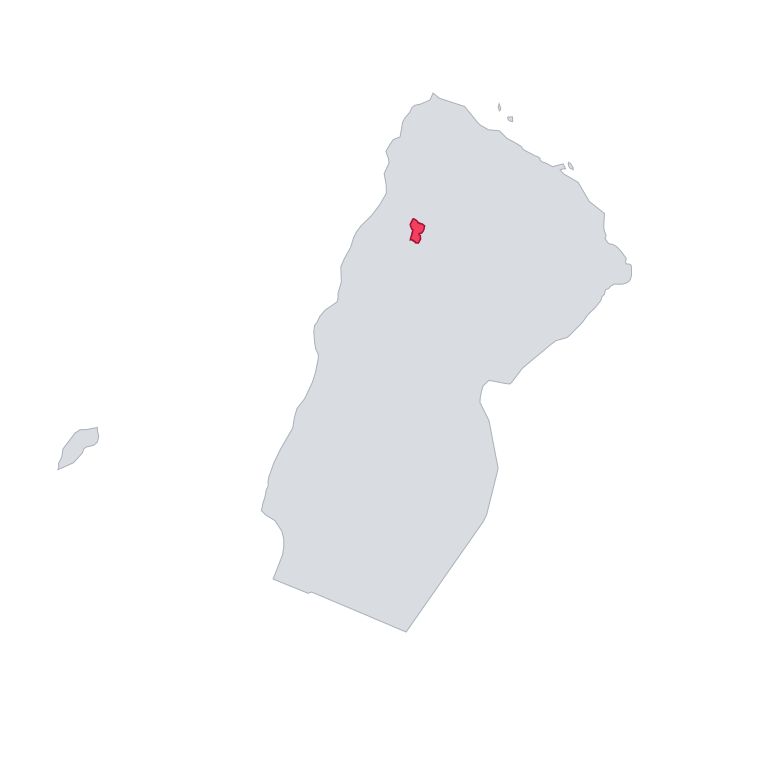 As Sawma'ah, Al Bayda', Yemen (highlighted), rotated 134°
{"feature_id": "15242507B21871042325483", "entity_name": "As Sawma'ah", "entity_type": "district", "adm_level": 2, "iso_a3": "YEM", "parent_name": "Yemen", "parent_adm1": "Al Bayda'", "projection": "natural_earth1", "projection_center": [45.761, 14.177], "detail": "fine", "context": "in_parent", "style": "filled", "palette": "rose", "viewbox_px": 768, "rotation_deg": 134, "n_neighbors": 0, "source": "geoboundaries", "source_scale": "gbopen_adm2", "svg_char_len": 5989}
<svg xmlns="http://www.w3.org/2000/svg" viewBox="0 0 768 768"><g transform="rotate(134 384 384)"><path d="M601.3,328.3L577.3,338.3L570.9,342.8L565.2,348.3L560.9,355.2L558.0,367.3L560.4,378.3L560.2,384.2L554.0,388.2L548.2,391.0L541.7,395.3L537.8,396.4L534.6,399.8L530.9,402.2L517.4,408.4L502.7,413.2L479.2,419.0L470.2,425.3L462.0,429.6L449.5,430.9L432.3,436.8L422.8,441.6L410.9,449.3L408.3,451.8L406.2,457.5L402.6,462.4L395.5,470.5L390.1,474.7L386.5,474.9L379.6,477.2L371.3,477.6L357.5,474.8L353.9,476.8L351.0,479.9L340.3,485.5L329.5,496.6L321.6,499.5L308.7,503.0L299.7,507.6L293.7,509.5L285.9,510.4L271.5,510.0L257.9,511.6L245.2,514.8L239.3,520.7L232.5,530.1L221.5,533.9L218.8,537.3L215.4,544.2L208.2,546.0L201.8,547.1L195.1,544.1L182.6,552.5L177.9,553.8L170.7,554.2L165.6,555.9L162.0,555.4L157.4,552.2L147.7,548.2L140.6,550.8L140.1,542.9L128.4,518.8L130.9,497.8L130.9,494.8L128.6,485.5L121.7,476.9L121.9,466.0L119.6,458.3L117.8,450.3L118.4,448.2L118.5,446.3L115.0,434.0L113.8,431.5L113.3,428.9L114.5,426.9L114.5,424.6L112.6,420.9L110.6,413.7L101.2,408.1L103.1,402.8L104.9,404.6L107.4,406.2L108.0,402.8L108.0,400.2L104.1,384.3L110.1,363.0L108.2,343.9L117.2,336.1L119.5,333.8L120.8,331.7L122.9,327.4L125.8,326.0L126.8,321.4L126.7,319.1L124.9,317.1L123.5,311.7L124.0,304.9L124.5,302.1L125.5,296.9L128.6,294.9L129.4,293.4L126.9,290.1L127.2,288.2L132.5,282.7L134.6,281.0L138.1,279.3L140.8,279.3L143.9,280.3L146.6,281.9L149.3,284.6L152.2,287.8L156.5,289.0L159.5,288.7L161.9,290.1L164.0,289.4L166.3,287.7L170.0,287.8L173.4,286.0L182.9,285.1L192.1,285.6L201.7,284.1L211.2,284.2L220.9,284.3L223.0,284.6L225.1,285.5L233.3,290.4L239.4,291.4L251.8,292.7L265.1,294.2L276.5,295.4L286.3,294.2L294.3,293.3L296.5,293.5L299.0,296.5L303.8,304.0L308.4,311.1L316.5,311.4L321.6,308.8L327.3,305.0L330.7,302.1L334.7,290.6L337.3,283.2L343.2,274.8L348.2,267.8L354.7,258.5L358.4,253.3L365.5,243.2L372.4,239.2L385.6,231.6L398.6,224.1L407.0,219.2L414.2,217.0L426.2,215.1L440.4,212.8L454.6,210.6L469.7,208.2L486.5,205.5L498.0,203.6L512.7,201.3L525.0,199.3L535.9,197.6L547.0,195.8L549.2,201.5L551.4,207.1L553.5,212.7L555.7,218.4L557.9,224.0L560.1,229.7L562.2,235.3L564.4,240.9L566.6,246.6L568.7,252.2L570.9,257.8L573.1,263.5L575.3,269.1L577.4,274.7L579.6,280.4L581.8,286.0L583.9,291.5L587.3,293.3L589.4,298.5L592.4,306.0L595.4,313.4L598.4,320.8L601.3,328.3ZM636.0,554.3L638.9,554.9L643.4,553.0L656.4,552.7L672.1,559.0L669.1,560.7L667.4,562.9L660.5,565.0L653.7,569.8L634.0,572.2L628.1,570.9L623.3,566.2L614.4,560.1L617.9,556.2L618.6,554.5L619.9,552.8L624.9,549.8L629.9,550.3L636.0,554.3ZM107.1,479.1L106.5,480.3L105.6,480.1L102.6,477.1L105.9,473.7L107.7,476.8L107.1,479.1ZM97.9,404.1L96.4,405.3L95.9,403.1L97.0,398.2L98.5,396.8L99.6,400.4L98.9,402.5L97.9,404.1ZM105.6,494.2L102.4,495.9L104.6,491.4L106.8,490.5L107.4,490.7L105.6,494.2Z" fill="#d9dde1" stroke="#a8b0b8" stroke-width="1"/><path d="M242.0,464.7L242.0,464.9L242.1,465.2L242.1,465.3L242.1,465.5L242.2,465.8L242.2,466.0L242.2,466.3L242.2,466.6L242.2,466.9L242.2,467.0L242.2,467.3L242.3,467.6L242.4,467.9L242.5,468.1L242.9,468.4L242.9,468.5L243.0,468.6L243.1,468.8L243.1,469.0L243.3,469.1L243.4,469.3L243.4,469.2L243.5,469.3L243.6,469.6L243.5,469.8L243.8,469.9L243.8,470.0L243.7,470.2L243.7,470.3L243.8,470.4L243.9,470.5L243.7,470.6L243.7,470.8L243.8,471.0L244.0,471.0L244.3,471.3L244.2,471.4L244.2,471.5L244.1,471.8L244.0,472.2L244.0,472.3L243.9,472.5L243.9,472.8L243.8,473.0L243.8,473.3L243.8,473.5L243.8,473.8L243.9,474.1L243.9,474.3L243.9,474.6L243.9,474.8L243.9,475.1L243.9,475.3L244.0,475.5L244.0,475.8L244.1,476.0L244.2,476.3L244.3,476.4L244.3,476.6L244.4,476.8L244.5,476.9L244.5,477.0L244.6,477.3L244.7,477.5L244.8,477.6L244.9,477.8L245.2,477.8L245.8,477.5L246.5,477.5L247.1,477.2L247.3,477.0L247.5,476.9L247.8,476.9L248.0,476.9L248.1,477.0L248.2,476.9L248.4,476.8L248.5,476.6L249.2,476.5L249.3,476.5L249.4,476.4L249.5,476.4L249.8,476.4L250.1,476.3L250.3,476.2L250.5,476.2L250.8,476.1L251.0,475.9L251.3,475.6L251.5,475.1L252.1,474.3L252.1,474.2L252.3,473.9L252.3,473.7L252.5,473.3L252.5,473.2L252.6,472.9L252.7,472.6L252.8,472.5L252.9,472.3L252.9,472.2L253.0,472.1L253.1,471.9L253.2,471.7L253.3,471.6L253.3,471.4L253.2,471.2L253.0,470.9L253.0,470.7L253.1,470.4L253.2,470.2L253.3,470.1L253.3,469.9L253.5,469.8L253.7,469.7L254.1,469.6L254.3,469.5L254.6,469.4L254.8,469.3L255.0,469.2L255.3,469.0L255.4,468.9L255.6,468.9L255.8,468.8L255.9,468.7L256.0,468.7L256.2,468.3L256.3,468.1L256.5,468.2L256.8,468.2L257.0,468.1L257.2,467.9L257.4,467.8L257.5,467.6L257.9,467.4L258.8,467.1L259.7,466.7L260.4,466.2L260.5,466.2L260.8,466.0L261.0,465.9L261.2,465.7L261.3,465.6L261.5,465.5L261.7,465.4L262.0,465.2L261.8,465.1L261.7,465.0L261.6,464.8L261.4,464.7L261.2,464.7L261.0,464.4L261.0,464.2L260.9,464.1L260.7,463.8L260.8,463.7L261.0,463.3L261.0,463.1L260.9,463.0L260.9,462.8L260.9,462.6L260.8,462.4L260.6,462.5L260.3,462.4L260.3,462.2L260.4,461.9L260.5,461.8L260.5,461.5L260.3,461.1L260.2,460.9L260.2,460.7L260.3,460.5L260.3,460.3L260.2,460.2L260.3,460.1L260.6,459.8L260.6,459.7L260.5,459.4L260.4,459.3L260.4,459.1L260.2,458.8L260.0,458.7L259.7,458.4L259.5,458.1L259.3,458.0L259.2,457.8L259.1,457.7L258.8,457.2L257.0,457.6L256.9,457.7L256.7,457.8L256.4,457.8L256.2,457.9L255.8,458.0L255.6,458.1L255.4,458.1L255.2,458.1L254.9,458.1L254.7,458.1L254.5,458.3L254.4,458.4L254.4,458.5L254.2,458.7L254.2,458.8L253.9,458.9L253.9,459.0L253.7,459.1L253.5,459.3L253.4,459.4L253.3,459.5L253.2,459.8L252.9,460.0L252.7,460.2L252.5,460.4L252.4,460.5L252.2,460.6L252.1,460.8L252.1,461.0L252.1,461.4L252.1,461.5L252.1,461.8L252.2,462.0L252.2,462.3L252.1,462.5L252.1,462.8L251.9,463.0L251.7,463.2L251.4,463.2L251.2,463.1L250.9,462.9L250.7,462.7L250.4,462.6L250.2,462.4L250.0,462.2L249.9,462.1L249.7,462.0L249.5,461.9L249.4,461.9L249.2,461.8L247.8,461.9L247.7,461.9L247.5,462.0L247.4,462.0L247.1,462.0L246.9,462.1L246.7,462.1L246.4,462.2L246.3,462.3L246.2,462.3L245.9,462.4L245.5,462.5L245.4,462.5L245.2,462.6L242.0,464.7Z" fill="#f43f5e" stroke="#9f1239" stroke-width="1.5"/></g></svg>